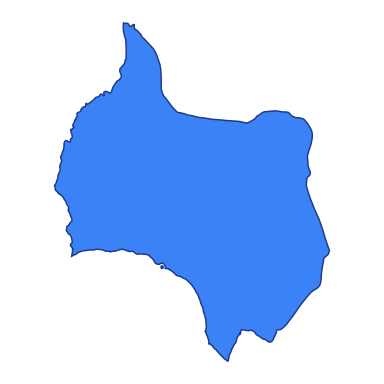 outline of Aceh Barat Daya, Aceh, Indonesia
{"feature_id": "22746128B227561513795", "entity_name": "Aceh Barat Daya", "entity_type": "district", "adm_level": 2, "iso_a3": "IDN", "parent_name": "Indonesia", "parent_adm1": "Aceh", "projection": "equal_earth", "projection_center": [96.802, 3.836], "detail": "fine", "context": "isolated", "style": "filled", "palette": "blue", "viewbox_px": 384, "rotation_deg": 0, "n_neighbors": 0, "source": "geoboundaries", "source_scale": "gbopen_adm2", "svg_char_len": 5891}
<svg xmlns="http://www.w3.org/2000/svg" viewBox="0 0 384 384"><path d="M329.5,250.3L328.7,248.7L326.3,241.5L325.4,239.0L322.8,230.1L321.0,224.7L318.8,218.7L314.4,209.0L310.5,199.0L308.1,192.0L307.0,188.5L306.5,186.1L306.3,184.6L306.6,180.7L307.0,178.1L307.5,177.1L309.1,175.9L309.8,174.9L310.3,173.6L310.3,172.4L309.9,170.8L308.9,168.6L308.2,166.5L307.5,158.1L307.5,155.5L308.5,151.8L310.6,145.5L311.3,142.9L312.2,138.1L312.3,136.2L312.3,134.1L311.9,131.9L311.4,130.3L310.5,128.4L307.7,123.8L304.9,120.3L303.9,119.3L303.0,118.8L299.5,117.9L295.7,117.6L294.3,117.1L292.7,116.4L291.6,115.7L289.6,113.5L288.7,112.6L287.8,112.3L286.2,112.0L282.2,111.9L276.3,110.9L273.2,111.0L266.4,111.6L264.1,111.9L262.6,112.5L258.9,115.1L256.6,116.3L255.7,118.0L254.8,118.8L252.8,120.2L248.6,122.5L247.5,122.9L246.3,123.0L240.5,121.7L237.7,121.3L226.2,120.5L218.1,119.7L212.0,119.3L203.2,117.8L199.3,117.5L191.0,115.5L188.2,115.1L184.1,113.7L180.3,112.8L178.1,112.5L177.0,112.0L172.1,106.9L167.1,100.0L165.4,97.9L164.1,96.6L163.0,94.5L162.0,92.1L161.4,89.5L161.1,87.3L161.3,84.0L161.1,75.1L160.6,68.4L160.0,65.0L159.1,62.1L156.7,55.2L155.7,52.7L154.2,50.1L152.8,48.1L143.7,38.4L141.8,36.9L141.2,34.9L140.1,33.8L138.5,31.8L136.9,30.3L135.2,29.3L134.7,28.8L134.4,28.4L134.2,27.5L134.3,24.7L133.8,24.5L132.9,24.8L131.0,26.4L130.5,26.5L129.9,26.3L129.6,26.0L128.7,24.4L128.0,23.6L127.0,23.3L124.5,23.3L123.6,23.0L123.3,25.5L123.3,29.0L123.8,32.9L124.5,35.7L125.7,39.5L126.0,43.6L126.2,53.0L126.1,58.9L125.5,59.5L125.1,60.5L124.8,62.8L124.1,64.1L120.5,68.2L119.9,69.1L119.8,70.1L119.9,71.7L121.0,74.5L121.4,75.8L121.3,76.6L120.9,77.6L120.3,78.6L119.4,79.7L118.2,80.6L117.3,80.9L116.5,81.7L113.8,85.7L112.7,87.8L111.5,91.7L110.2,93.2L109.9,93.2L108.5,92.4L106.7,91.5L105.7,91.4L104.9,91.6L104.1,92.0L103.8,92.5L103.7,93.1L104.3,95.2L104.2,95.6L104.0,95.8L103.6,95.8L101.6,94.1L101.0,94.0L100.5,94.4L98.7,96.5L98.1,96.9L96.2,97.3L95.3,97.8L93.5,99.9L90.7,102.2L88.2,103.9L87.4,104.1L86.2,103.4L85.8,104.0L85.5,106.3L85.1,106.8L83.4,106.8L82.8,107.8L81.9,108.2L81.8,109.0L81.2,109.1L80.8,110.5L80.8,110.9L80.5,111.4L78.9,112.2L77.7,112.6L77.0,113.7L77.0,114.5L77.1,116.2L77.0,116.6L76.2,117.5L76.0,118.1L76.0,119.5L75.9,119.6L75.0,119.8L74.8,120.2L74.3,122.2L74.0,122.7L73.7,123.5L72.7,124.9L73.0,125.5L73.0,126.3L73.9,127.6L73.5,128.3L72.9,128.3L72.1,129.3L70.7,129.4L70.9,131.5L72.2,135.7L72.2,136.8L71.9,138.2L71.4,138.6L70.6,139.0L70.5,139.3L70.4,141.3L69.9,142.1L68.3,141.6L66.8,140.7L65.8,140.5L64.7,141.7L64.2,142.8L64.0,144.7L64.1,146.2L63.7,148.7L63.4,150.0L62.5,151.9L62.0,154.0L61.0,155.9L60.7,157.0L60.8,158.2L61.6,159.8L61.7,160.6L61.5,161.5L60.1,165.0L59.8,166.0L59.8,167.1L60.2,169.3L60.1,170.2L60.0,170.8L58.1,175.1L57.8,178.5L56.9,180.3L56.2,183.0L55.9,183.6L54.7,185.1L54.5,185.7L54.7,186.5L55.3,187.9L55.3,189.4L55.5,190.2L57.3,191.8L58.6,193.7L60.4,194.6L63.1,197.1L64.2,199.4L65.9,201.5L66.1,202.0L66.4,203.3L66.8,204.4L68.6,207.0L68.7,208.0L68.2,209.7L68.3,210.6L68.8,211.8L70.0,213.7L70.4,215.4L71.7,218.4L71.9,219.7L71.8,220.8L71.4,221.6L70.2,222.6L68.6,225.4L67.4,226.1L66.9,226.7L66.8,227.0L66.6,229.0L66.3,230.0L66.5,230.9L67.4,231.9L68.1,233.6L70.1,234.9L70.4,235.2L71.1,236.7L71.7,238.5L72.1,240.8L72.1,242.9L71.7,243.4L70.8,243.9L70.6,244.1L70.5,245.2L70.7,246.1L72.1,247.6L72.4,248.4L72.5,249.6L72.8,249.4L71.7,256.3L74.6,254.6L75.2,254.6L76.2,254.1L78.2,252.4L79.8,252.0L81.0,251.3L81.7,251.3L83.3,250.6L84.1,250.8L84.8,250.4L85.5,250.6L87.1,250.4L87.6,250.1L88.1,250.2L89.5,249.9L90.6,250.0L91.1,249.9L91.7,250.0L92.2,249.8L92.7,250.0L93.9,249.9L94.7,249.8L95.4,249.4L96.7,249.2L101.8,249.7L103.5,250.2L105.3,251.1L108.7,251.3L110.6,251.9L111.4,251.4L115.7,251.0L120.3,249.4L121.7,249.5L123.4,249.3L127.4,251.0L128.2,251.1L129.7,251.6L132.4,251.2L132.8,251.3L136.5,254.0L137.1,254.2L137.7,254.3L140.7,253.8L142.2,254.1L145.7,254.3L147.6,254.8L149.1,255.6L149.4,256.0L149.6,256.0L149.9,256.3L150.4,257.0L151.8,258.0L153.9,260.4L154.4,261.7L154.8,262.1L154.9,262.6L156.6,263.9L156.9,263.9L157.3,264.2L158.7,264.3L159.6,264.2L160.1,263.6L160.8,263.5L161.4,263.2L162.1,263.1L163.5,263.5L164.9,265.6L165.0,266.0L165.0,266.4L165.2,266.7L165.3,267.1L165.4,267.8L165.2,268.3L165.4,268.7L166.5,268.3L167.9,268.7L168.2,268.8L168.4,269.3L168.9,269.2L172.4,271.5L175.0,274.0L175.7,274.5L176.3,275.3L178.8,276.1L180.8,276.6L183.0,278.0L185.5,279.1L186.9,280.1L191.2,284.3L194.4,288.7L194.7,289.4L195.1,289.8L196.2,292.3L196.9,293.4L197.8,294.4L199.5,299.4L199.9,299.7L200.8,303.2L201.6,305.2L202.0,306.0L203.1,309.0L203.5,312.0L204.2,313.6L204.9,316.1L205.8,319.8L206.2,323.9L206.1,324.4L206.3,327.7L206.1,329.1L205.2,331.3L205.4,331.4L205.8,332.2L206.5,334.6L207.1,335.7L208.8,340.7L208.8,341.3L209.1,342.4L208.7,343.2L208.7,343.8L209.3,343.5L210.1,343.9L211.3,345.1L212.8,346.0L213.0,346.9L214.6,348.7L215.8,349.4L216.3,349.9L216.3,350.1L217.4,351.4L219.3,353.4L219.5,353.9L220.0,354.3L224.2,358.6L224.7,358.9L225.2,359.5L225.5,359.4L226.5,360.2L227.2,360.9L228.1,361.0L228.9,357.5L229.1,355.5L229.5,354.9L229.7,353.9L230.7,352.4L231.8,349.1L232.6,347.7L234.1,344.7L236.1,342.0L236.8,338.5L238.0,336.2L239.4,333.9L239.4,334.7L240.4,334.0L240.7,331.5L241.5,329.6L243.8,329.9L247.7,330.7L250.3,330.3L251.2,330.3L253.0,331.0L254.3,331.7L256.1,334.3L257.0,335.0L259.7,336.6L262.3,338.5L263.2,339.0L265.5,339.6L268.2,341.7L269.6,342.1L270.4,342.1L271.4,341.5L272.4,340.7L273.0,339.8L275.7,334.1L276.3,332.4L276.9,330.1L277.3,329.8L279.6,329.8L281.2,329.2L283.1,327.8L285.5,325.4L286.5,324.4L294.4,313.9L300.3,305.2L307.3,296.5L310.8,292.6L313.4,290.4L317.4,288.0L319.2,286.0L319.9,284.9L320.7,282.4L321.1,279.4L321.4,273.9L322.1,268.3L324.0,257.7L325.7,256.6L328.3,254.2L329.5,250.3ZM162.4,268.4L162.9,268.1L163.1,267.5L163.1,266.9L162.9,266.3L162.2,265.8L161.4,266.0L161.3,266.4L161.0,266.7L161.1,267.5L161.3,268.2L161.8,268.5L162.4,268.4Z" fill="#3b82f6" stroke="#1e3a8a" stroke-width="1.5"/></svg>